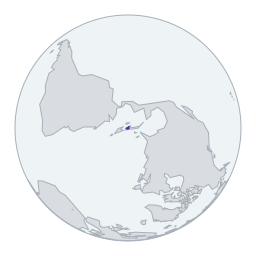 the Earth from above Santiago de Cuba, rotated 146°
{"feature_id": "CUB-1369", "entity_name": "Santiago de Cuba", "entity_type": "Province", "adm_level": 1, "iso_a3": "CUB", "parent_name": "Cuba", "parent_adm1": "", "projection": "orthographic", "projection_center": [-76.024, 20.226], "detail": "fine", "context": "on_globe", "style": "filled", "palette": "violet", "viewbox_px": 256, "rotation_deg": 146, "n_neighbors": 0, "source": "natural_earth", "source_scale": "10m", "svg_char_len": 9236}
<svg xmlns="http://www.w3.org/2000/svg" viewBox="0 0 256 256"><g transform="rotate(146 128 128)"><circle cx="128" cy="128" r="113" fill="#eef3f6" stroke="#a8b0b8"/><path d="M123.8,151.2L121.1,150.0L118.5,153.2L109.4,147.6L106.2,140.8L78.7,127.6L75.9,123.8L76.1,118.2L68.1,98.1L71.0,116.3L67.6,112.3L65.2,105.6L66.9,104.4L65.7,94.9L62.9,90.8L63.8,79.3L71.6,66.4L72.3,68.8L74.1,65.7L73.3,62.6L72.4,61.4L77.5,49.1L76.2,41.8L72.0,42.2L75.8,40.3L65.6,43.3L62.5,42.5L68.2,41.8L70.6,40.6L69.6,39.1L71.8,37.7L72.6,36.2L75.2,34.7L78.4,34.8L80.2,33.9L79.4,33.0L81.6,31.1L82.5,32.6L86.5,29.6L92.5,29.9L92.7,36.3L98.3,36.4L104.5,43.0L106.2,41.6L109.6,43.6L112.8,42.8L113.1,44.6L115.4,42.5L114.6,41.0L115.4,39.7L117.2,39.2L117.8,41.3L117.0,41.8L118.1,42.2L117.6,43.5L118.9,42.6L119.4,45.4L121.6,42.0L124.3,43.7L123.9,45.7L120.4,46.3L110.9,53.6L109.4,56.5L110.8,59.6L121.0,63.4L120.8,66.4L123.2,70.0L124.9,67.7L123.7,64.2L127.4,61.3L125.5,57.7L126.7,56.2L126.1,52.5L130.0,52.3L134.1,54.2L134.8,57.4L136.6,58.5L139.1,55.0L143.3,61.0L151.3,65.1L152.0,67.0L147.8,70.7L140.0,71.3L134.6,77.5L142.0,72.9L143.6,78.1L145.5,78.8L147.6,78.4L148.5,76.3L149.9,78.1L143.1,82.9L141.8,81.3L143.9,79.7L140.3,80.2L135.7,84.1L136.9,86.7L128.8,90.8L129.5,92.9L128.1,95.1L127.5,91.5L128.5,98.2L119.1,106.0L120.3,118.1L114.9,108.7L110.5,107.6L105.1,107.6L105.2,109.6L98.1,107.8L91.6,111.6L89.3,121.1L91.8,128.6L99.7,129.3L102.1,125.4L108.0,124.7L103.8,135.6L114.0,137.4L113.0,145.5L116.0,149.7L121.1,148.7L126.4,150.6L130.2,145.9L136.2,143.2L136.4,149.7L139.7,143.6L143.1,146.6L155.0,145.5L154.2,147.0L164.2,153.6L175.0,155.5L177.4,159.8L176.2,162.8L179.8,163.0L179.9,164.8L194.2,164.7L201.2,167.4L200.8,173.6L194.6,182.0L188.0,197.0L176.6,203.6L173.1,209.1L163.1,217.5L156.3,217.8L157.7,220.9L153.4,223.2L148.8,223.7L147.5,226.0L144.1,226.3L146.0,227.5L140.0,230.4L141.1,232.3L136.5,234.3L137.4,235.2L135.9,235.3L134.1,235.7L133.8,236.2L129.3,235.4L128.5,233.1L130.5,231.8L128.5,231.6L132.8,228.0L130.4,228.8L131.8,222.8L135.6,217.4L138.8,200.2L136.6,196.6L128.0,192.4L117.8,177.9L120.6,171.7L118.4,168.7L125.8,159.8L123.8,151.2ZM23.2,100.3L24.0,97.8L23.9,99.8L23.2,100.3ZM24.3,96.0L24.0,96.9L24.2,96.1L24.3,96.0ZM24.2,95.3L24.3,95.8L24.1,95.4L24.2,95.3ZM24.1,94.6L24.2,94.8L24.1,94.6ZM119.7,122.2L131.4,127.9L124.8,128.7L126.0,127.6L123.1,125.3L117.5,123.1L111.7,124.3L119.7,122.2ZM24.2,92.7L24.2,92.2L24.4,92.2L24.2,92.7ZM124.8,115.5L122.8,115.1L124.8,115.0L124.8,115.5ZM71.6,61.2L73.1,62.8L73.0,66.3L71.5,65.1L71.6,61.2ZM72.1,55.1L73.4,55.2L71.3,58.2L71.2,57.2L72.1,55.1ZM68.6,43.0L69.4,43.8L67.9,43.6L68.6,43.0ZM72.2,36.3L71.3,36.6L72.1,35.8L72.2,36.3ZM124.0,52.9L125.0,52.7L124.6,53.5L124.0,52.9ZM122.8,51.6L121.5,52.6L120.8,52.1L121.5,51.5L122.8,51.6ZM76.9,32.8L78.5,31.5L77.4,32.8L76.9,32.8ZM124.5,50.4L119.6,51.2L118.3,50.4L120.1,47.4L124.5,50.4ZM79.8,30.7L83.5,27.9L81.8,28.2L88.8,26.0L83.3,28.9L82.2,30.4L81.5,30.0L79.8,30.7ZM113.5,40.8L114.5,42.3L112.0,41.6L113.5,40.8ZM111.8,40.7L103.0,41.0L102.5,38.7L105.5,39.0L103.5,36.7L107.6,35.4L109.6,36.4L109.1,38.1L111.0,36.4L111.8,40.7ZM92.0,25.3L93.4,24.8L92.6,25.4L92.0,25.3ZM115.5,39.1L113.8,39.3L113.2,37.3L116.5,36.7L115.6,37.5L115.5,39.1ZM101.0,36.8L101.2,35.4L104.5,33.9L105.0,33.2L107.6,35.2L101.0,36.8ZM116.7,37.7L118.2,36.4L120.2,37.0L117.1,38.9L116.7,37.7ZM111.6,37.1L111.5,36.2L112.7,36.5L111.6,37.1ZM127.9,38.5L125.8,38.5L125.3,37.5L127.9,38.5ZM118.7,35.9L118.0,35.8L117.6,35.4L119.0,34.7L118.7,35.9ZM109.8,34.1L111.1,33.9L108.9,33.2L111.3,32.3L112.6,33.9L113.0,32.8L113.8,32.5L114.0,34.2L109.8,34.1ZM119.1,33.0L121.6,35.0L125.5,35.1L126.1,36.1L119.7,35.8L119.1,33.0ZM116.1,33.5L118.1,33.4L117.8,34.5L116.2,35.2L116.1,33.5ZM112.5,31.1L108.4,32.1L108.3,31.8L112.5,31.1ZM120.4,32.8L119.7,32.4L120.7,32.7L120.4,32.8ZM115.0,31.3L113.6,31.7L113.4,31.3L115.0,31.3ZM119.6,31.2L120.4,31.8L119.4,32.3L119.6,31.2ZM117.6,31.1L117.7,30.4L118.5,32.1L116.9,31.3L117.6,31.1ZM115.1,30.9L114.5,30.8L115.7,30.8L115.1,30.9ZM123.2,29.2L124.5,31.2L122.1,32.2L121.2,30.1L123.2,29.2ZM136.7,237.0L129.6,235.7L133.7,236.4L136.8,235.4L140.4,236.4L136.7,237.0ZM145.8,234.4L149.2,233.6L150.0,233.8L147.8,234.4L145.8,234.4ZM214.8,56.2L215.8,57.5L213.0,54.5L207.0,47.7L214.8,56.2ZM198.9,40.5L200.7,42.0L201.3,42.5L202.3,43.3L203.7,44.6L203.1,44.2L201.7,42.9L202.1,43.5L208.6,49.7L210.1,51.1L213.0,55.2L215.8,58.0L217.7,60.6L213.6,56.9L211.7,54.8L206.6,52.7L208.9,55.1L213.8,57.5L213.6,57.9L216.7,61.8L214.2,59.2L208.2,56.6L208.8,61.2L214.8,73.5L214.0,76.4L211.0,76.7L203.6,67.2L206.1,62.0L203.5,59.0L198.5,56.8L199.7,55.6L198.0,54.2L198.5,52.3L194.8,47.3L194.6,45.4L188.9,41.2L188.0,39.9L191.7,42.6L194.1,43.7L193.2,39.8L191.8,38.4L188.1,36.2L188.3,35.6L184.9,34.0L182.3,31.4L182.6,33.4L178.4,31.4L174.5,28.9L173.1,28.7L179.5,32.8L181.9,34.2L184.0,34.8L190.8,39.5L192.0,41.4L185.1,38.2L186.1,40.7L180.3,37.6L166.7,27.6L163.2,24.9L166.4,23.6L169.7,24.9L170.2,25.9L173.7,26.4L171.5,25.6L171.7,25.3L167.7,23.8L167.6,23.5L163.8,22.6L163.3,22.1L165.7,22.7L159.2,20.4L157.0,19.4L155.6,19.1L154.7,19.0L152.4,18.1L151.4,17.9L151.8,18.1L150.2,18.0L146.4,17.5L145.8,17.2L147.1,17.3L148.9,17.4L152.4,18.0L160.8,20.2L169.0,23.1L176.9,26.6L184.6,30.6L192.0,35.3L198.9,40.5ZM150.5,17.6L148.6,17.3L146.4,17.2L144.3,17.0L144.9,16.8L144.5,16.9L143.3,16.7L141.5,16.4L140.6,16.5L127.8,16.4L123.1,16.1L125.1,15.7L115.5,16.5L111.0,16.8L111.4,16.9L107.0,17.8L108.4,17.6L108.2,17.8L97.7,20.8L94.8,21.6L90.7,23.7L90.9,23.8L92.8,23.3L88.8,26.0L81.8,28.2L81.7,27.8L77.4,29.8L77.8,28.6L76.2,28.7L79.2,26.7L77.7,27.3L76.2,28.1L73.1,29.6L80.1,26.0L82.8,25.4L82.0,25.3L84.2,24.4L85.1,23.9L84.5,24.1L92.3,21.2L100.4,18.8L108.6,17.0L117.0,15.9L125.4,15.4L133.8,15.5L142.2,16.3L150.5,17.6ZM239.9,140.7L240.2,133.6L240.2,125.2L239.7,122.9L239.2,125.6L238.4,122.9L237.8,124.1L232.2,134.5L228.8,132.1L220.8,120.9L220.6,113.7L217.6,107.2L213.9,77.0L216.4,76.0L217.3,66.3L218.0,66.1L221.4,71.3L224.9,71.7L221.8,66.4L221.6,65.4L225.8,72.1L229.5,79.1L232.7,86.4L235.3,93.8L237.5,101.4L239.1,109.2L240.1,117.0L240.6,124.9L240.5,132.8L239.9,140.7ZM219.1,90.2L220.1,92.2L219.1,90.2ZM155.4,145.3L156.9,146.5L155.0,146.7L155.4,145.3ZM123.9,131.5L126.4,131.6L127.7,132.6L125.8,133.0L123.9,131.5ZM144.6,130.9L147.4,131.3L144.5,132.0L144.6,130.9ZM133.2,128.6L142.3,130.8L136.7,133.0L130.9,131.7L134.9,131.0L133.2,128.6ZM123.7,119.4L125.3,119.9L124.8,121.1L123.7,119.4ZM126.3,115.5L125.7,115.6L124.9,114.6L126.3,115.5ZM144.0,77.8L144.6,77.4L146.8,77.4L145.8,78.4L144.0,77.8ZM156.2,72.7L158.2,75.7L156.1,74.1L155.1,75.8L149.6,74.6L152.1,67.8L151.9,71.0L156.2,72.7ZM142.9,71.6L146.1,72.8L142.5,71.8L142.9,71.6ZM187.9,49.5L189.5,49.5L191.5,51.4L191.6,54.7L188.8,51.8L187.9,49.5ZM191.4,49.2L184.5,45.6L184.1,43.7L185.5,45.3L185.9,44.4L188.2,46.8L194.6,48.9L196.8,50.8L195.9,55.3L195.0,52.6L193.5,52.6L191.4,49.2ZM167.5,42.5L164.5,41.7L167.5,38.5L170.0,39.7L170.3,42.8L167.6,43.3L167.5,42.5ZM128.6,45.3L127.3,45.8L127.1,45.1L128.1,44.2L128.6,45.3ZM127.0,38.6L134.3,42.9L133.1,43.5L138.8,45.6L138.0,48.3L134.3,46.8L137.9,50.6L134.3,50.3L137.1,52.8L129.0,49.1L125.9,49.2L129.7,48.0L130.6,45.5L130.0,44.5L126.0,41.8L119.7,41.2L119.6,38.9L121.2,37.4L122.7,37.2L122.3,38.7L124.5,37.4L125.1,39.4L127.0,38.6ZM139.7,26.0L138.6,27.1L143.3,26.1L143.9,27.6L144.4,27.4L146.3,28.5L149.4,29.7L149.2,30.4L150.5,30.6L151.7,31.5L153.5,32.0L153.7,33.6L155.8,34.4L154.7,34.7L158.3,35.8L155.7,35.7L157.0,37.1L158.8,36.4L155.6,44.9L156.3,49.0L158.3,52.7L153.5,52.5L148.7,49.1L144.4,44.6L144.4,40.8L142.3,41.6L141.7,40.1L143.6,40.1L140.2,39.2L140.2,38.0L136.4,35.0L131.6,34.7L130.0,33.7L132.0,33.3L129.1,32.7L131.7,31.2L130.7,30.5L132.2,28.5L136.5,28.2L135.1,27.5L136.2,26.2L139.7,26.0ZM123.7,28.7L128.7,27.6L131.5,28.0L127.7,31.4L128.2,32.2L125.9,34.6L121.9,34.1L122.9,33.4L123.0,32.6L124.2,33.1L123.3,32.2L124.7,31.2L124.4,30.3L126.1,30.2L123.7,28.7ZM216.6,63.5L216.7,63.0L216.4,61.8L218.4,64.3L216.6,63.5ZM212.6,61.7L212.4,60.8L215.1,63.5L214.9,64.2L212.6,61.7ZM210.1,58.2L212.2,60.5L211.0,59.7L210.1,58.2ZM191.3,41.8L190.8,40.9L191.6,41.3L192.9,42.4L191.3,41.8ZM153.7,24.6L152.6,24.9L151.9,24.6L148.2,24.5L147.4,23.5L149.4,23.3L153.7,24.6ZM218.2,61.0L218.2,60.6L218.7,61.7L218.2,61.0ZM152.2,23.6L150.8,23.6L151.3,23.1L152.2,23.6ZM146.7,22.9L146.9,22.3L146.9,23.4L146.7,22.9ZM143.7,17.8L149.7,18.9L153.6,19.5L155.0,19.4L155.6,20.2L149.7,19.2L143.7,17.8ZM129.9,16.5L128.7,16.9L127.5,16.7L129.9,16.5ZM130.4,16.8L132.2,17.4L130.4,17.7L129.3,17.1L130.4,16.8ZM142.4,19.9L144.3,20.2L143.8,20.5L142.4,19.9ZM92.8,24.7L93.3,24.8L92.1,25.1L92.8,24.7ZM109.1,17.7L108.7,18.0L107.3,18.1L109.1,17.7ZM106.7,18.9L108.7,18.4L106.9,19.0L106.7,18.9ZM112.9,17.6L109.5,18.3L112.4,17.5L112.9,17.6Z" fill="#d9dde1" stroke="#a8b0b8" stroke-width="1"/><path d="M129.2,128.7L128.9,128.7L128.7,128.6L128.4,128.5L128.2,128.5L127.8,128.5L127.7,128.5L127.4,128.5L127.2,128.5L126.8,128.5L126.6,128.6L126.4,128.6L126.1,128.7L126.3,128.5L126.3,128.4L126.5,128.4L126.8,128.4L127.0,128.4L127.3,128.3L127.3,128.2L127.3,127.9L127.4,127.7L127.5,127.7L127.8,127.6L127.9,127.4L128.0,127.4L127.9,127.3L128.0,127.3L128.1,127.5L128.3,127.6L128.5,127.6L128.8,127.5L128.8,127.4L128.8,127.5L128.9,127.4L129.0,127.4L129.1,127.5L129.0,127.8L129.0,128.0L129.1,128.3L129.0,128.5L129.2,128.7Z" fill="#8b5cf6" stroke="#5b21b6" stroke-width="1.5"/></g></svg>